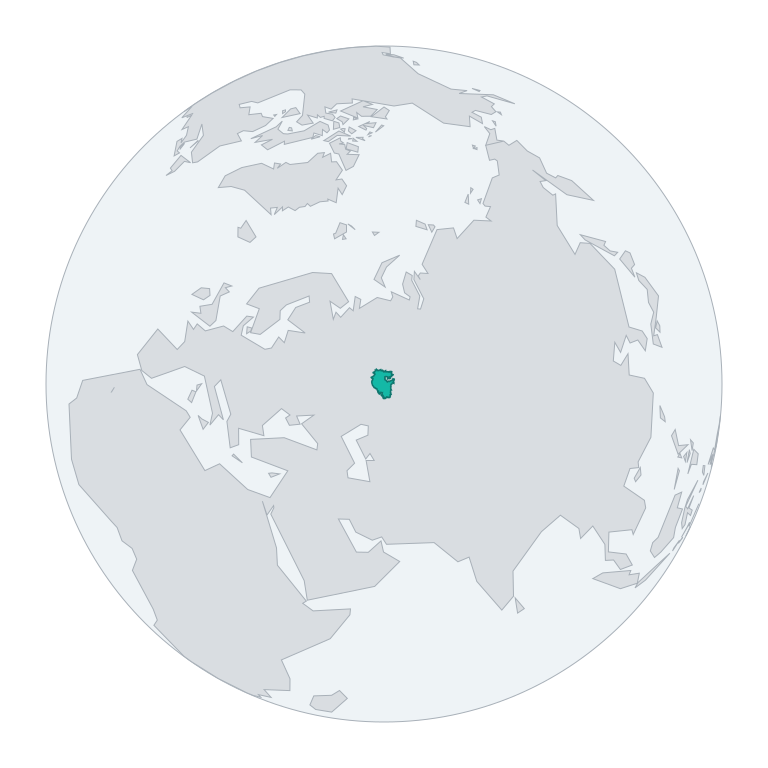 the Earth from above Bashkortostan
{"feature_id": "RUS-2378", "entity_name": "Bashkortostan", "entity_type": "Republic", "adm_level": 1, "iso_a3": "RUS", "parent_name": "Russia", "parent_adm1": "", "projection": "orthographic", "projection_center": [56.933, 54.055], "detail": "fine", "context": "on_globe", "style": "filled", "palette": "teal", "viewbox_px": 768, "rotation_deg": 0, "n_neighbors": 0, "source": "natural_earth", "source_scale": "10m", "svg_char_len": 16107}
<svg xmlns="http://www.w3.org/2000/svg" viewBox="0 0 768 768"><circle cx="384" cy="384" r="338" fill="#eef3f6" stroke="#a8b0b8"/><path d="M376.2,46.2L390.0,47.1L390.4,53.8L382.1,52.5L383.1,54.8L393.6,57.0L400.3,57.9L418.1,73.7L451.0,89.1L467.1,90.6L459.1,93.5L493.4,94.8L514.9,103.8L487.0,95.9L481.5,97.0L494.3,103.9L491.4,106.6L495.9,111.7L491.3,114.5L475.4,110.4L472.0,112.3L481.3,117.2L482.5,123.6L469.4,116.1L470.1,126.7L443.6,123.1L412.3,103.1L394.0,106.0L352.1,98.9L352.4,103.0L336.7,103.8L331.1,109.1L324.9,106.9L325.8,113.1L332.5,114.2L335.1,117.4L332.4,120.8L324.1,118.4L324.2,116.3L320.4,117.4L317.4,114.8L317.3,118.0L307.6,115.1L313.2,123.1L302.0,125.1L296.6,121.8L302.5,115.4L304.8,94.1L301.1,89.9L290.1,89.8L257.8,102.9L251.6,101.4L239.2,104.4L240.1,107.8L250.1,106.9L248.8,114.7L261.2,113.3L262.5,116.6L273.1,118.4L265.6,125.5L252.6,131.6L243.4,130.7L237.4,133.6L241.4,140.9L219.8,146.0L197.6,161.9L192.6,162.8L191.4,152.2L203.4,135.4L201.9,124.0L196.9,139.1L184.5,142.1L180.0,146.2L177.2,150.9L179.5,152.9L174.1,155.9L177.0,141.4L182.0,138.4L181.0,142.9L186.5,135.3L188.4,126.7L182.0,129.5L191.6,115.3L187.2,117.4L186.8,115.8L193.2,113.3L181.8,117.8L192.1,106.3L183.9,111.7L194.1,104.5L198.3,101.7L210.0,94.4L212.2,93.0L233.9,81.3L256.3,71.1L279.4,62.7L303.1,55.9L327.2,50.9L351.7,47.6L376.2,46.2ZM403.7,58.1L394.1,56.8L385.7,54.2L394.0,54.8L403.7,58.1ZM419.2,65.0L413.9,64.8L413.2,61.2L416.5,62.4L419.2,65.0ZM479.2,91.5L472.0,88.4L480.0,90.5L479.2,91.5ZM497.4,111.9L500.4,112.1L501.4,114.7L497.4,111.9ZM276.5,114.5L274.8,116.4L273.7,115.0L276.5,114.5ZM282.6,113.6L282.6,110.7L285.5,109.9L285.5,111.7L282.6,113.6ZM495.3,121.7L496.1,126.2L492.5,120.8L495.3,121.7ZM282.1,117.5L290.7,108.9L295.8,107.6L300.1,113.6L282.1,117.5ZM494.8,128.4L496.9,140.1L503.8,141.1L485.7,145.3L489.8,133.6L484.3,126.6L490.8,129.7L494.8,128.4ZM335.8,113.1L328.5,112.1L337.0,109.9L335.8,113.1ZM340.6,111.0L363.1,100.7L372.4,104.4L363.0,106.8L377.2,109.5L370.7,116.2L361.5,116.3L356.7,112.5L357.9,118.1L340.6,111.0ZM475.3,146.0L473.5,148.4L472.4,145.1L475.3,146.0ZM336.8,118.6L340.5,116.0L348.9,118.9L343.0,124.6L342.2,121.8L336.8,118.6ZM384.0,107.0L389.3,110.5L385.4,116.8L387.0,119.0L371.4,116.7L384.0,107.0ZM338.9,122.9L339.8,127.5L333.4,129.3L333.8,121.3L338.9,122.9ZM353.6,117.3L357.3,119.0L353.3,119.9L353.6,117.3ZM311.2,139.2L315.5,135.6L320.2,136.7L311.2,139.2ZM340.6,129.1L342.8,128.5L345.1,128.7L344.4,132.1L340.6,129.1ZM369.8,121.5L367.1,123.5L376.0,122.7L373.5,127.7L363.5,125.4L366.7,128.5L366.0,130.1L358.7,126.5L369.8,121.5ZM350.7,136.1L337.2,135.4L328.3,141.6L323.8,140.6L338.9,131.0L350.7,136.1ZM356.0,130.7L351.7,133.8L348.4,130.9L349.2,127.0L356.0,130.7ZM375.4,132.1L381.7,125.0L383.7,125.8L375.4,132.1ZM348.8,138.4L352.1,138.6L348.5,139.2L348.8,138.4ZM367.9,134.6L369.9,131.9L372.1,132.8L367.9,134.6ZM357.0,141.3L352.7,141.0L353.1,138.2L357.0,141.3ZM362.6,138.7L365.1,140.7L355.9,137.4L363.1,137.3L362.6,138.7ZM369.7,135.9L371.6,135.6L368.5,137.0L369.7,135.9ZM357.8,152.2L346.2,148.8L347.2,142.6L358.4,146.7L357.8,152.2ZM191.3,661.6L183.8,656.1L153.9,625.3L157.3,620.1L153.2,609.1L132.4,570.4L136.7,559.2L132.1,548.4L122.0,540.8L117.1,527.5L111.4,521.3L78.9,484.6L71.5,459.2L69.0,404.0L76.7,398.0L82.7,380.4L140.0,369.3L147.0,384.6L186.2,410.8L190.2,417.3L180.0,429.9L204.9,470.6L219.6,463.8L247.7,489.5L270.0,497.6L287.8,470.8L251.4,457.0L250.6,439.4L284.2,437.7L316.9,449.9L317.7,443.6L301.6,423.8L313.9,415.1L296.6,416.0L300.1,424.2L289.4,425.3L285.6,418.0L290.0,415.0L281.5,408.6L262.4,425.5L263.9,435.7L238.6,428.3L238.7,444.7L230.2,447.8L226.9,421.4L230.8,414.2L220.8,379.8L214.4,386.5L223.4,419.8L218.5,414.7L209.9,425.1L212.5,413.2L204.4,376.1L184.7,366.5L151.5,378.3L141.8,370.5L137.4,354.6L157.8,329.0L177.2,349.5L184.7,341.6L187.9,321.1L193.5,329.4L197.2,323.9L205.3,330.9L223.6,326.0L232.8,331.6L246.8,316.1L253.4,317.1L243.3,325.8L241.2,335.2L264.9,349.3L271.5,348.0L278.7,337.0L284.3,342.7L288.2,330.4L305.2,333.0L287.8,319.8L295.7,307.5L309.6,302.2L309.1,296.0L286.4,304.9L280.2,310.7L279.9,319.4L260.2,334.4L250.6,332.7L259.3,308.7L246.6,303.9L259.0,288.2L312.6,272.5L331.6,273.6L348.6,301.7L340.3,308.3L330.0,301.2L333.3,319.3L336.0,312.2L340.7,317.3L349.5,307.7L353.2,310.8L355.2,296.5L360.8,299.4L359.4,308.4L377.2,297.5L390.6,300.8L392.8,296.9L391.3,291.8L409.3,300.0L410.1,296.8L404.6,292.8L402.6,284.1L406.2,272.0L412.2,275.5L411.7,280.3L419.8,296.0L417.6,308.8L420.5,309.1L423.8,298.8L413.9,279.6L414.4,271.4L420.3,279.6L418.2,276.0L420.3,273.0L428.0,273.5L422.1,264.3L437.0,229.6L453.5,227.9L457.1,238.6L473.9,220.2L491.1,221.0L485.9,217.1L490.5,206.6L485.1,206.1L483.0,203.5L492.3,177.9L499.2,175.0L497.3,160.9L494.7,159.1L489.5,160.3L485.7,145.3L503.8,141.1L508.9,145.3L516.8,140.4L527.3,151.0L539.6,157.9L546.6,173.2L555.7,177.9L557.8,175.5L571.7,180.6L593.5,200.4L566.9,194.7L532.5,170.0L545.8,180.6L540.1,181.5L543.2,187.5L552.8,195.2L555.6,193.9L557.2,225.5L575.0,254.4L580.2,242.7L590.0,243.4L614.7,269.2L629.0,327.0L642.2,331.0L647.2,338.6L645.3,350.8L637.8,340.0L630.1,343.0L626.2,335.4L620.6,352.4L614.8,342.3L613.3,361.0L620.8,365.4L628.0,353.7L629.2,375.0L644.5,378.3L653.3,393.0L650.9,437.3L638.1,461.9L638.7,467.6L630.0,468.5L623.8,486.1L644.4,500.3L645.7,507.9L633.2,534.5L631.9,529.7L608.9,532.1L608.4,551.9L626.1,554.0L632.3,565.0L620.4,569.5L613.6,560.0L605.4,560.4L604.9,544.4L592.8,526.0L580.6,538.5L578.9,528.5L560.4,515.2L541.4,531.7L513.0,571.1L513.5,596.2L501.8,610.1L476.8,581.4L469.1,557.1L457.9,561.8L434.1,542.6L386.5,544.3L381.7,536.9L372.3,540.2L355.8,532.1L349.3,519.3L338.4,519.0L356.4,552.1L368.3,552.3L381.0,540.9L383.5,552.0L399.7,561.5L374.7,586.4L307.3,600.2L304.2,580.6L270.8,514.1L273.8,507.9L273.8,507.1L273.6,505.6L267.0,515.0L262.4,501.2L276.5,547.9L277.4,565.2L306.3,601.1L302.7,603.3L313.1,610.9L350.5,608.9L349.9,614.8L330.2,638.7L281.4,659.9L290.0,678.8L289.9,690.6L264.1,689.6L271.1,697.4L258.4,694.6L260.8,697.3L253.2,695.4L246.6,692.7L218.2,678.5L191.3,661.6ZM114.4,387.3L111.5,392.0L111.4,392.0L114.4,387.3ZM348.0,477.8L369.9,481.7L366.1,460.5L374.2,460.5L370.0,453.5L365.7,459.0L356.2,440.1L367.9,435.2L368.3,425.9L361.0,424.3L341.2,436.4L354.6,463.2L347.0,470.7L348.0,477.8ZM170.1,122.4L169.9,122.6L170.1,122.4ZM184.4,143.0L184.0,144.2L180.2,149.0L180.2,146.9L184.4,143.0ZM174.6,171.3L166.0,175.5L172.1,170.7L170.4,168.1L181.0,155.4L190.6,162.7L184.4,161.4L174.6,171.3ZM197.9,141.2L190.0,147.9L198.2,140.3L197.9,141.2ZM209.6,288.6L210.0,295.4L203.5,299.8L191.9,294.4L201.2,287.8L209.6,288.6ZM212.1,304.3L224.0,282.9L231.8,286.0L225.4,287.7L229.3,291.9L220.2,296.0L215.9,320.5L209.9,326.2L191.6,312.1L200.9,313.3L199.9,306.3L212.1,304.3ZM240.8,228.2L246.1,220.5L256.0,236.9L250.0,242.4L237.9,236.9L238.0,227.3L240.8,228.2ZM287.9,130.4L289.3,127.4L291.6,127.9L292.3,130.9L287.9,130.4ZM312.8,137.4L284.3,144.4L284.5,141.2L267.6,149.8L261.4,144.9L272.5,139.3L255.1,142.4L262.6,135.5L250.8,138.7L276.2,126.8L282.3,121.1L277.9,129.2L283.4,133.7L287.7,134.0L304.2,130.8L320.0,121.4L328.1,125.0L329.5,130.0L327.0,132.8L322.5,129.5L322.3,135.6L313.9,133.0L312.8,137.4ZM342.2,194.6L338.1,188.2L336.2,202.7L327.8,199.1L328.1,201.0L319.9,201.8L310.4,206.3L307.4,203.5L305.0,206.5L299.4,207.3L295.1,210.6L288.3,207.0L282.4,210.8L282.5,206.9L274.3,214.6L277.3,207.4L270.5,208.1L271.1,214.7L244.6,190.2L231.2,186.5L218.3,187.6L225.2,175.8L241.7,167.6L261.6,163.3L273.6,169.0L274.5,163.0L280.6,164.0L277.3,168.3L285.9,162.4L290.0,164.5L307.7,162.5L317.7,153.3L324.4,152.6L322.6,157.3L330.6,153.3L331.6,161.9L336.5,161.7L342.4,170.2L336.0,179.9L341.9,179.0L346.6,185.8L342.2,194.6ZM359.1,154.7L353.4,166.4L346.0,170.4L338.8,154.0L334.3,153.0L329.5,143.2L340.3,137.8L340.7,141.0L343.6,143.0L339.0,143.9L344.8,144.6L345.6,149.2L350.3,151.1L347.1,154.3L359.1,154.7ZM198.1,415.4L201.8,418.9L208.4,422.4L203.1,429.3L198.1,415.4ZM192.0,390.2L195.9,391.8L191.6,402.6L187.8,399.2L192.0,390.2ZM201.7,383.7L196.5,391.0L197.0,385.1L201.7,383.7ZM247.2,326.8L251.8,328.0L250.8,331.0L246.6,333.7L247.2,326.8ZM334.6,238.8L333.5,234.0L335.7,233.2L340.0,222.7L346.5,224.9L346.5,232.0L334.6,238.8ZM279.6,473.9L271.0,477.3L268.6,473.3L272.0,472.9L279.6,473.9ZM233.6,454.1L242.4,462.8L232.1,455.8L233.6,454.1ZM342.5,239.4L343.4,234.8L346.1,238.8L342.5,239.4ZM351.5,226.0L355.2,229.7L347.8,223.9L351.5,226.0ZM347.3,698.4L331.7,712.1L315.7,709.5L309.9,704.9L313.8,695.9L331.6,695.3L339.5,690.5L347.3,698.4ZM678.3,543.4L682.7,537.1L682.3,538.2L678.3,543.4ZM673.9,547.9L679.5,540.2L672.5,551.0L673.9,547.9ZM681.5,537.2L687.1,527.2L689.6,522.2L688.8,524.6L681.5,537.2ZM669.9,553.2L645.5,580.1L635.0,587.9L638.1,582.5L655.0,566.8L669.9,553.2ZM637.3,583.2L620.4,588.7L592.8,578.6L602.8,572.9L630.8,570.5L629.1,574.8L639.3,573.2L637.3,583.2ZM675.4,527.4L673.6,537.6L660.8,552.1L654.5,557.5L650.3,550.9L652.7,542.6L658.1,537.4L675.1,495.1L681.7,492.1L677.3,507.8L682.5,509.0L675.4,527.4ZM515.2,597.9L524.3,608.6L517.6,613.1L515.2,597.9ZM679.4,470.8L674.2,489.5L678.1,468.4L679.4,470.8ZM680.0,453.5L681.7,457.9L677.8,457.0L680.0,453.5ZM641.0,475.0L635.6,481.7L634.2,478.2L640.3,467.5L641.0,475.0ZM659.9,405.5L664.6,416.8L665.2,421.7L660.4,417.9L659.9,405.5ZM399.7,255.2L386.5,267.0L381.3,277.8L385.2,287.1L374.0,279.4L382.0,262.7L399.7,255.2ZM431.8,232.2L428.3,224.7L433.5,225.0L435.0,226.8L431.8,232.2ZM427.1,229.8L415.9,226.4L416.4,220.3L425.1,224.1L427.1,229.8ZM378.9,232.3L374.5,235.5L372.4,232.0L378.9,232.3ZM685.9,535.9L689.3,528.9L690.3,526.6L685.9,535.9ZM689.0,526.5L696.1,510.0L698.9,503.7L689.0,526.5ZM716.1,446.6L716.3,445.3L711.1,464.0L710.1,464.2L712.7,454.3L708.1,464.5L713.3,448.0L714.6,450.0L717.1,435.0L719.8,421.2L720.4,415.7L716.1,446.6ZM711.6,465.6L712.3,463.0L711.2,467.6L711.6,465.6ZM701.2,488.0L700.7,490.7L699.1,492.6L701.2,488.0ZM703.5,481.9L707.9,473.0L702.9,484.8L703.5,481.9ZM685.8,506.3L687.6,508.8L693.7,495.6L689.0,508.0L692.2,510.1L690.5,515.5L687.5,512.7L685.0,524.6L682.2,528.6L681.6,522.7L684.8,508.1L687.5,499.6L697.9,480.2L685.8,506.3ZM703.8,475.4L702.4,472.0L703.3,465.5L704.9,465.7L703.8,475.4ZM696.8,464.7L691.4,464.3L687.8,473.9L693.8,449.3L698.2,453.8L696.8,464.7ZM690.2,453.6L687.0,462.6L689.4,449.6L690.2,453.6ZM685.4,461.5L683.6,456.5L686.9,452.4L685.4,461.5ZM692.1,450.6L690.5,439.7L693.3,442.9L692.1,450.6ZM678.6,445.6L688.0,444.7L678.1,454.2L671.5,435.7L675.2,429.5L678.6,445.6ZM660.0,332.2L655.6,327.8L657.2,320.9L659.8,325.8L660.0,332.2ZM658.5,295.9L656.2,317.6L653.7,335.8L657.4,334.6L662.0,347.3L653.3,344.0L650.8,324.1L653.7,312.2L648.5,302.4L647.2,289.4L638.8,280.5L636.4,272.8L644.9,277.3L658.5,295.9ZM634.9,277.2L619.7,259.0L625.4,250.8L630.0,252.9L634.6,264.6L631.4,268.2L634.9,277.2ZM617.7,252.3L614.4,255.8L585.1,239.9L580.3,234.7L605.6,241.5L603.9,245.3L610.1,250.9L617.7,252.3ZM477.0,149.6L473.8,148.5L477.0,147.6L477.0,149.6ZM480.0,203.6L477.6,199.9L481.4,198.7L480.0,203.6ZM473.1,189.3L470.5,193.2L470.8,187.7L473.1,189.3ZM464.9,202.4L468.2,194.1L468.7,204.2L464.9,202.4Z" fill="#d9dde1" stroke="#a8b0b8" stroke-width="1"/><path d="M385.6,370.6L385.6,371.1L385.8,371.5L385.7,371.8L386.0,371.9L386.3,371.9L386.5,371.7L386.9,371.6L387.1,371.7L387.2,371.8L387.7,371.8L387.8,371.7L388.2,371.9L388.5,371.8L388.5,372.1L388.8,372.1L388.8,371.9L389.0,371.6L389.4,371.5L389.5,371.6L389.8,371.8L389.9,372.1L390.2,372.1L390.6,372.0L390.8,371.8L390.9,371.4L391.3,371.5L391.7,371.6L391.8,371.7L391.7,372.1L391.4,372.4L391.6,373.0L391.5,373.4L391.4,373.6L391.8,373.7L391.9,373.8L391.8,374.2L392.0,374.5L391.7,374.7L391.7,374.9L391.8,374.9L392.3,374.6L392.5,374.9L393.0,374.8L392.8,375.3L392.5,375.5L392.2,375.5L391.6,375.7L391.5,375.9L391.5,376.1L391.5,376.4L390.9,376.9L390.9,376.5L390.7,376.4L390.4,376.5L390.7,376.7L390.6,376.8L390.1,376.8L390.0,377.0L390.3,377.1L390.1,377.4L390.0,377.5L389.9,377.2L389.6,377.4L389.5,377.5L390.1,377.7L390.4,378.2L389.7,378.7L389.4,378.6L389.4,378.3L389.4,378.2L388.9,378.4L389.1,378.0L388.8,377.9L388.9,377.7L388.6,377.4L388.1,377.7L388.1,377.8L388.3,377.9L387.9,378.3L388.0,378.6L387.6,378.9L387.5,378.7L387.7,378.4L387.7,378.1L387.5,377.4L387.8,377.4L388.0,377.2L387.8,376.9L387.7,376.8L387.3,376.7L386.5,376.6L386.0,376.5L385.7,376.5L385.3,376.9L385.1,376.9L385.1,377.1L384.9,377.1L385.0,377.5L384.8,377.7L384.7,377.9L384.7,378.1L384.8,378.4L385.1,378.7L384.8,379.2L384.8,379.4L384.9,379.6L385.5,379.9L385.5,380.1L386.0,380.2L386.0,380.4L386.2,380.6L386.8,380.9L386.8,381.4L387.0,381.4L387.2,381.7L387.3,381.9L387.5,382.0L388.3,381.4L388.4,381.2L388.9,381.1L389.5,381.2L389.8,381.5L390.1,381.2L390.4,380.9L391.2,380.6L391.3,380.5L391.8,380.6L392.1,380.2L392.4,380.0L392.6,379.7L392.8,379.5L392.8,379.2L393.1,379.0L393.1,378.8L393.8,379.1L394.1,379.0L394.3,379.4L394.1,379.9L394.1,380.2L394.0,380.5L393.8,380.8L393.5,380.9L393.4,381.2L393.4,381.3L393.6,381.5L393.6,381.9L393.4,382.1L393.8,382.4L393.9,382.6L393.6,383.0L393.7,383.3L393.4,383.2L393.0,383.0L392.5,383.1L392.2,383.1L392.0,383.4L391.7,384.3L391.2,384.5L391.0,384.4L390.9,384.6L391.0,384.8L390.9,385.0L390.9,385.4L390.8,385.7L390.9,386.3L390.6,386.6L390.6,386.8L390.9,386.9L390.8,387.2L390.8,388.2L390.7,388.4L390.7,388.9L390.7,389.0L390.9,389.0L391.0,389.8L391.3,389.8L391.4,390.0L390.8,390.1L390.7,390.3L390.6,390.5L390.5,391.0L390.6,391.5L390.6,391.8L390.4,392.2L390.5,392.4L390.7,392.6L390.8,392.8L390.6,393.0L390.7,393.4L390.8,393.5L390.8,393.9L391.1,394.1L391.2,394.3L390.9,394.5L390.3,394.5L390.0,395.0L390.4,395.7L390.4,395.8L390.2,395.9L390.2,396.4L390.0,396.8L390.0,397.3L389.7,397.5L389.4,397.4L389.2,397.5L389.1,397.4L389.0,397.5L388.9,397.6L388.5,397.6L388.4,397.6L388.4,397.4L388.2,397.3L387.9,397.4L387.8,397.1L387.7,397.1L387.1,397.1L386.9,397.1L386.8,396.9L386.7,396.9L386.7,397.1L386.5,397.3L386.6,397.5L386.3,397.6L386.1,397.8L385.8,397.7L385.7,397.8L385.7,398.2L385.0,398.6L384.8,398.6L384.6,398.2L384.3,398.1L384.2,397.7L383.8,397.7L383.6,397.6L383.8,397.9L383.8,398.3L383.7,398.5L383.4,398.5L383.3,398.4L383.4,398.1L383.2,397.8L383.4,397.6L383.1,397.3L382.9,397.2L382.9,396.8L383.3,396.7L383.0,396.5L383.0,396.4L383.1,395.8L383.0,395.7L382.7,395.8L382.9,395.4L382.5,395.2L382.1,395.2L382.3,395.0L381.8,395.2L381.8,395.4L381.5,395.4L381.4,395.3L381.3,395.1L381.7,394.8L381.8,394.5L382.3,394.3L382.2,393.8L382.2,393.6L381.9,393.2L382.0,393.0L382.1,392.9L382.2,392.7L381.6,392.8L381.3,392.6L381.1,392.3L380.9,392.3L380.9,392.5L380.5,393.1L380.4,393.1L380.3,393.7L380.1,393.9L379.8,394.1L379.7,394.0L379.6,393.8L379.4,393.9L379.0,393.8L378.9,393.6L379.0,393.1L378.8,393.0L379.0,392.9L379.0,392.7L378.7,392.6L378.7,392.4L378.6,392.2L378.4,392.2L378.2,392.4L378.0,392.2L378.1,391.8L378.1,391.7L378.3,391.8L378.3,392.0L378.6,391.9L378.6,391.7L378.4,391.6L378.4,391.4L378.6,391.4L378.6,391.1L378.4,391.0L378.1,391.0L377.7,391.2L377.6,390.7L377.4,390.4L377.0,389.6L376.9,388.8L376.7,388.7L376.3,388.6L375.9,388.7L375.6,388.5L375.7,388.2L374.8,387.6L374.6,387.8L374.4,387.8L374.1,387.6L373.9,387.2L373.7,386.9L373.3,386.1L373.2,385.9L372.6,385.6L372.4,384.7L372.1,383.9L372.0,383.6L372.0,383.4L371.9,383.2L371.9,382.7L371.7,382.1L371.7,381.8L372.0,381.1L372.0,380.7L372.3,380.5L372.7,379.9L372.6,379.6L372.7,379.3L372.6,379.2L372.8,378.8L372.4,378.8L372.1,378.2L371.6,378.0L371.6,377.8L371.4,377.6L371.2,377.5L371.2,377.3L371.3,377.2L371.9,377.1L372.0,377.0L372.2,376.8L372.5,377.0L372.8,376.9L372.8,376.7L373.1,376.5L373.2,376.2L373.9,375.9L374.0,375.5L374.2,375.2L374.8,374.5L374.9,374.4L375.0,374.2L374.8,374.1L374.6,373.7L374.4,373.7L374.2,373.6L374.3,373.2L374.0,373.2L373.9,373.0L373.6,373.0L373.1,372.8L373.2,372.5L373.6,372.5L373.8,372.1L374.2,372.2L374.4,372.2L374.5,372.0L374.8,371.4L375.2,371.0L375.5,370.9L375.6,370.6L375.5,370.3L375.8,370.4L376.2,369.4L376.3,369.2L376.6,369.5L376.9,369.8L377.5,370.2L377.5,370.3L377.5,370.5L378.0,370.4L378.2,370.6L378.3,370.6L378.3,370.4L378.5,370.5L379.0,370.5L379.5,370.1L380.1,369.9L380.5,370.0L380.7,369.8L380.8,370.3L381.1,370.6L381.2,370.8L381.6,370.7L381.8,370.7L382.0,370.5L382.1,370.4L382.2,370.2L382.4,370.3L382.7,370.3L382.8,370.4L382.6,370.6L382.8,371.0L383.0,371.0L383.4,371.2L383.5,371.5L383.8,371.9L384.3,371.8L384.3,371.6L384.8,371.6L384.9,371.4L385.1,371.1L385.1,370.8L385.6,370.6Z" fill="#14b8a6" stroke="#0f766e" stroke-width="1.5"/></svg>